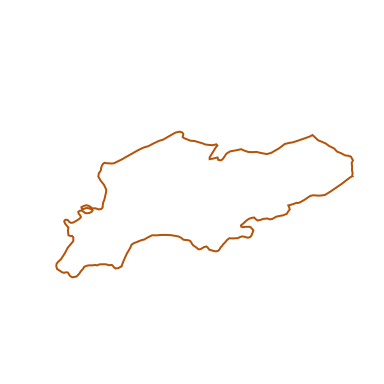 outline of Härjedalen, Jämtland, Sweden, rotated 150°
{"feature_id": "70781695B83252740141506", "entity_name": "Härjedalen", "entity_type": "district", "adm_level": 2, "iso_a3": "SWE", "parent_name": "Sweden", "parent_adm1": "Jämtland", "projection": "natural_earth1", "projection_center": [13.938, 62.166], "detail": "fine", "context": "isolated", "style": "outline", "palette": "amber", "viewbox_px": 384, "rotation_deg": 150, "n_neighbors": 0, "source": "geoboundaries", "source_scale": "gbopen_adm2", "svg_char_len": 3607}
<svg xmlns="http://www.w3.org/2000/svg" viewBox="0 0 384 384"><g transform="rotate(150 192 192)"><path d="M290.3,162.7L288.5,164.3L285.1,167.0L279.3,171.2L275.3,173.4L272.7,175.0L270.9,176.5L268.1,176.8L264.4,176.2L261.8,175.9L259.2,175.4L257.0,174.7L253.8,174.8L248.4,174.5L247.0,173.8L244.4,172.2L239.7,170.0L235.1,167.3L231.5,164.9L228.7,162.6L226.1,160.4L224.5,158.2L223.3,155.0L222.0,154.0L219.8,152.5L218.0,150.6L217.8,145.7L217.0,143.9L216.2,142.2L215.0,139.1L213.2,138.2L209.4,138.3L206.8,137.7L206.2,136.0L205.8,133.3L204.4,131.9L202.6,130.0L200.8,128.5L198.4,128.0L196.6,128.7L195.0,129.7L192.8,130.3L191.0,131.2L188.8,131.7L185.8,132.9L182.8,133.3L181.0,132.1L179.2,131.0L177.2,130.1L175.4,129.1L173.0,129.0L170.8,128.5L169.8,127.7L168.6,126.8L167.6,125.4L166.0,124.3L164.0,123.9L161.8,124.9L159.8,126.5L158.0,128.2L158.7,131.9L159.7,133.2L162.3,134.7L165.5,136.1L166.7,137.4L166.3,138.6L162.7,139.2L159.1,140.1L156.1,140.3L153.5,139.8L150.9,138.8L150.3,136.3L149.3,134.4L146.1,133.5L143.7,133.1L139.9,131.3L138.3,129.4L135.9,128.5L131.3,128.5L127.3,127.2L124.9,126.3L120.9,125.7L118.5,127.0L116.1,128.0L115.5,130.0L115.3,132.2L112.7,131.5L109.7,130.8L106.9,130.4L105.5,129.3L102.5,129.0L98.1,129.0L91.9,129.5L89.3,128.9L86.9,127.4L84.3,125.6L81.5,124.2L78.3,123.0L72.9,123.1L63.5,123.8L58.3,124.2L52.5,125.0L47.3,125.6L45.1,125.4L45.2,126.0L43.6,127.7L42.5,131.0L40.7,133.8L39.2,137.3L36.8,138.9L36.7,143.1L38.3,145.1L40.3,146.5L41.4,147.6L43.4,150.9L46.2,154.5L47.1,158.5L48.6,160.9L50.2,163.2L52.0,167.3L57.0,173.9L58.4,178.7L59.2,181.1L62.5,181.2L68.5,182.3L75.1,183.6L79.9,184.6L83.2,185.9L87.6,187.2L94.8,186.3L104.1,186.3L108.3,187.5L112.8,191.3L116.0,194.4L119.9,196.4L123.2,198.5L126.5,202.3L128.0,204.5L132.8,206.0L136.1,207.2L138.5,208.1L143.0,208.0L146.0,206.5L149.0,205.1L151.1,204.9L153.2,206.7L152.6,209.1L157.3,210.5L160.3,211.6L159.4,213.2L154.9,215.6L149.5,218.5L146.8,219.6L147.1,221.1L151.0,222.3L152.8,223.6L156.4,226.2L159.1,229.5L160.9,231.3L164.2,234.8L167.8,237.3L170.5,240.8L172.0,242.7L172.6,244.3L170.5,246.5L170.7,248.5L172.5,250.4L176.5,251.7L182.8,251.8L190.6,251.8L195.1,252.8L201.1,253.3L206.8,253.5L212.3,254.8L216.8,255.1L218.8,255.2L221.9,255.2L230.7,255.3L236.1,255.3L240.8,255.6L245.2,255.9L247.5,256.9L249.6,258.4L251.7,259.7L253.1,261.0L253.3,261.0L254.8,261.0L256.9,259.8L258.5,258.4L259.3,257.4L260.4,256.1L263.3,254.8L265.4,252.2L265.4,247.4L264.6,242.2L265.1,236.8L266.5,234.8L269.4,231.7L271.8,229.1L274.1,227.4L275.9,225.2L277.2,223.2L279.1,222.7L281.4,223.5L283.6,226.0L286.4,227.6L287.4,229.8L288.1,231.3L290.0,233.3L292.6,234.0L295.3,234.2L295.7,232.9L295.8,232.1L294.5,231.5L291.6,231.0L290.3,230.2L288.2,227.9L287.3,226.7L287.3,225.7L289.0,225.0L291.3,225.2L293.0,225.8L295.0,227.0L295.5,228.5L296.1,229.7L296.6,230.8L298.3,231.8L300.4,231.7L301.0,229.9L300.5,227.6L300.7,225.9L302.6,225.1L306.8,224.9L310.4,225.0L312.2,225.8L313.3,227.5L313.4,229.2L314.0,230.3L315.6,231.3L317.3,230.6L317.7,228.2L317.1,224.1L316.7,223.1L318.7,220.8L319.6,218.7L320.6,216.5L319.6,215.0L317.7,213.7L317.5,211.9L319.4,208.8L327.4,205.9L332.8,202.5L339.1,199.3L342.7,198.5L345.2,197.5L346.7,195.5L347.3,192.6L345.9,190.1L344.8,187.7L343.3,186.0L341.1,185.4L339.7,184.2L339.7,182.5L339.7,180.8L339.2,179.5L338.3,178.0L338.2,177.9L336.4,177.3L334.4,176.5L332.2,177.1L329.9,177.9L327.8,179.0L324.6,180.0L322.8,181.1L319.8,180.7L317.3,179.7L314.8,178.2L312.1,177.1L310.9,175.9L308.4,175.6L305.5,174.1L302.5,172.3L300.8,170.3L297.9,168.9L297.4,167.2L297.2,165.6L296.2,163.8L293.6,162.9L290.8,163.0L290.3,162.7Z" fill="none" stroke="#b45309" stroke-width="2"/></g></svg>